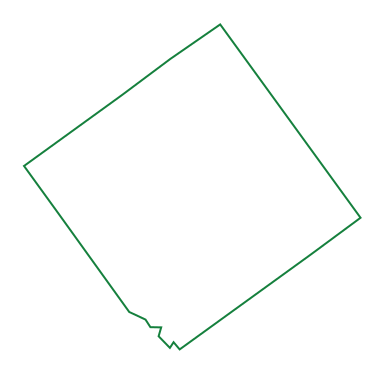 Washington, Iowa, United States of America, rotated 144°
{"feature_id": "52423323B53294458303473", "entity_name": "Washington", "entity_type": "district", "adm_level": 2, "iso_a3": "USA", "parent_name": "United States of America", "parent_adm1": "Iowa", "projection": "equal_earth", "projection_center": [-91.625, 41.337], "detail": "fine", "context": "isolated", "style": "outline", "palette": "green", "viewbox_px": 384, "rotation_deg": 144, "n_neighbors": 0, "source": "geoboundaries", "source_scale": "gbopen_adm2", "svg_char_len": 350}
<svg xmlns="http://www.w3.org/2000/svg" viewBox="0 0 384 384"><g transform="rotate(144 192 192)"><path d="M191.4,311.6L312.6,311.8L312.7,251.7L313.3,131.8L304.6,116.1L305.1,107.1L296.5,100.6L303.8,94.9L301.5,78.9L295.2,81.3L294.5,71.9L132.1,71.6L70.8,72.1L70.7,311.0L131.3,312.4L191.4,311.6Z" fill="none" stroke="#15803d" stroke-width="2"/></g></svg>